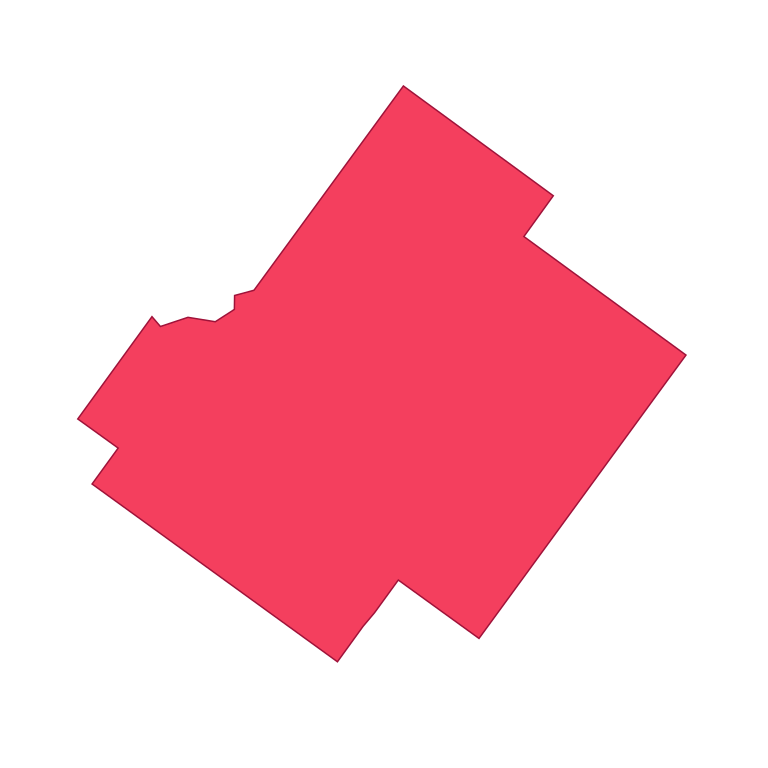 Johnston, Oklahoma, United States of America, rotated 126°
{"feature_id": "52423323B47407228750846", "entity_name": "Johnston", "entity_type": "district", "adm_level": 2, "iso_a3": "USA", "parent_name": "United States of America", "parent_adm1": "Oklahoma", "projection": "albers", "projection_center": [-96.639, 34.31], "detail": "fine", "context": "isolated", "style": "filled", "palette": "rose", "viewbox_px": 768, "rotation_deg": 126, "n_neighbors": 0, "source": "geoboundaries", "source_scale": "gbopen_adm2", "svg_char_len": 423}
<svg xmlns="http://www.w3.org/2000/svg" viewBox="0 0 768 768"><g transform="rotate(126 384 384)"><path d="M132.2,357.7L131.5,543.5L384.6,544.3L400.2,556.9L411.6,548.9L432.8,557.1L445.3,581.8L468.9,598.7L465.9,611.3L592.3,611.2L592.1,561.4L636.5,561.4L636.1,258.4L592.4,258.5L574.5,257.2L534.2,257.2L534.0,157.6L234.3,156.9L183.1,156.7L182.5,357.5L132.2,357.7Z" fill="#f43f5e" stroke="#9f1239" stroke-width="1.5"/></g></svg>